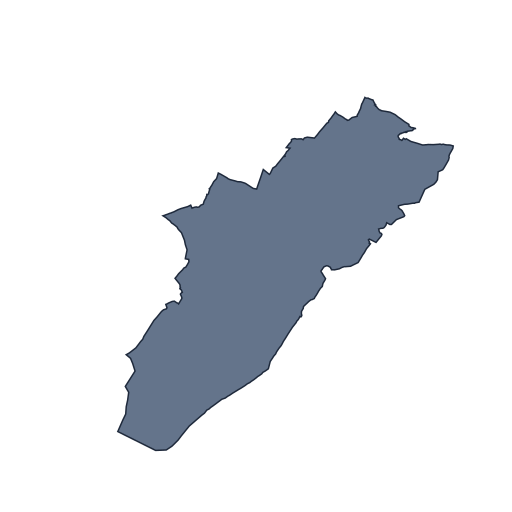 Hægebostad nor, Vest-Agder, Norway, rotated 228°
{"feature_id": "86288312B80239267683726", "entity_name": "Hægebostad nor", "entity_type": "district", "adm_level": 2, "iso_a3": "NOR", "parent_name": "Norway", "parent_adm1": "Vest-Agder", "projection": "mercator", "projection_center": [7.226, 58.477], "detail": "fine", "context": "isolated", "style": "filled", "palette": "slate", "viewbox_px": 512, "rotation_deg": 228, "n_neighbors": 0, "source": "geoboundaries", "source_scale": "gbopen_adm2", "svg_char_len": 6078}
<svg xmlns="http://www.w3.org/2000/svg" viewBox="0 0 512 512"><g transform="rotate(228 256 256)"><path d="M218.0,35.8L178.7,51.3L171.9,59.5L170.9,66.4L171.3,74.8L172.3,79.9L174.3,92.6L174.0,109.0L173.7,112.5L174.4,116.3L173.7,119.0L173.8,120.8L173.4,124.0L172.4,134.8L171.0,138.1L170.7,141.2L170.2,143.2L169.7,146.9L168.4,153.8L167.9,156.1L167.1,160.9L166.8,164.2L166.1,166.6L166.0,168.6L165.6,171.2L165.3,174.9L165.3,176.7L164.9,178.7L164.6,181.5L164.9,182.7L164.9,183.6L164.4,185.6L163.9,189.7L168.1,196.0L168.2,196.4L169.1,200.0L169.7,202.0L170.1,205.2L170.7,206.4L171.0,207.2L171.5,209.1L172.1,211.5L172.5,214.3L173.0,216.0L174.1,218.9L174.7,220.9L174.9,221.9L176.7,228.0L178.7,235.5L179.6,241.0L179.9,241.8L180.1,242.2L180.3,242.7L180.4,244.3L180.7,245.6L181.1,246.7L181.7,248.3L181.2,248.7L180.7,248.7L180.8,249.4L181.0,250.0L181.5,250.6L182.2,250.7L184.2,252.5L184.4,252.9L184.7,253.6L185.4,256.0L186.6,257.4L186.7,258.2L186.8,261.8L186.8,262.7L186.9,264.7L186.7,267.5L186.1,268.4L185.4,270.9L185.9,271.8L186.5,274.3L187.1,276.4L188.1,279.3L188.4,280.6L188.9,282.4L188.9,283.4L189.0,284.9L190.8,287.3L192.0,291.2L192.6,292.5L197.4,293.3L198.5,293.6L200.5,293.8L201.3,294.2L201.5,294.7L201.7,295.8L201.7,296.2L202.0,296.8L202.3,298.6L202.5,299.3L201.5,302.0L200.4,302.8L197.8,303.7L196.8,303.3L195.5,303.1L195.2,302.9L193.1,305.2L190.7,309.4L190.0,312.2L189.0,314.5L188.4,315.1L185.1,319.4L184.4,322.0L182.8,327.5L184.5,333.2L185.4,335.9L185.9,338.3L186.0,338.7L187.5,343.1L188.0,346.6L188.5,349.2L189.9,348.7L190.3,349.7L192.8,350.3L192.8,351.5L185.8,354.3L187.1,362.7L187.9,364.1L189.1,364.2L190.2,363.6L191.8,364.0L194.0,365.2L193.8,365.5L193.1,367.1L191.7,368.9L191.4,370.3L191.9,373.1L193.3,375.4L189.8,376.6L188.8,377.8L189.1,384.7L186.4,391.9L186.3,392.3L186.5,393.5L188.7,394.2L190.9,394.6L191.3,394.8L193.0,394.8L195.0,394.3L196.5,394.2L198.0,395.5L195.1,400.9L193.1,403.4L190.2,408.0L189.3,408.9L189.0,409.3L189.0,409.6L188.9,410.1L186.9,413.2L192.6,426.1L190.3,436.1L190.5,439.1L191.3,441.9L196.7,447.7L195.5,451.4L195.3,452.0L195.2,452.6L195.7,454.7L196.9,458.5L198.5,463.3L199.9,465.4L201.1,466.2L201.9,467.6L202.6,469.4L203.1,471.0L204.2,474.2L205.8,476.2L208.3,474.7L209.1,474.0L210.9,472.1L212.5,470.8L213.8,470.0L214.8,468.3L215.7,467.9L216.0,467.6L216.4,467.2L216.5,466.9L220.1,462.3L223.7,458.5L224.8,456.9L225.4,456.2L226.0,455.3L227.1,454.0L231.3,451.6L237.4,447.8L242.6,446.1L242.8,444.9L244.8,444.4L244.3,442.0L244.3,441.7L245.7,441.3L246.7,440.5L246.9,440.5L247.2,440.8L247.5,441.0L249.4,441.4L249.9,441.7L250.1,441.9L250.4,442.4L250.5,442.7L250.5,443.0L250.2,443.7L250.4,444.3L250.4,444.6L250.5,444.9L250.3,445.5L249.9,445.6L249.9,445.9L250.0,446.1L249.4,447.2L249.1,447.9L248.9,448.8L248.8,449.0L248.5,449.1L248.4,449.2L248.3,449.6L248.3,450.1L247.4,450.1L247.1,451.2L247.6,451.5L247.5,451.8L246.5,453.3L245.7,454.6L244.9,455.6L244.6,456.3L244.5,456.5L244.8,456.9L244.8,457.1L244.8,457.6L244.7,458.5L244.0,459.7L244.2,459.8L246.4,458.4L246.7,458.1L247.2,457.7L248.0,457.1L249.2,457.0L250.4,456.7L251.5,457.7L256.3,456.3L260.9,455.4L264.1,454.6L266.8,454.2L268.2,453.9L271.6,452.5L273.1,451.9L276.5,449.3L280.3,446.2L280.8,446.3L282.2,445.5L284.2,445.3L286.0,445.4L286.6,445.6L287.2,445.1L287.4,445.3L287.4,445.5L287.6,445.5L288.0,445.4L288.3,446.0L288.8,445.6L288.8,445.9L289.3,445.8L289.9,446.4L290.4,446.3L293.8,447.3L294.5,446.7L297.5,445.2L298.3,445.0L299.3,443.8L300.6,443.0L300.9,443.0L298.9,438.3L298.5,437.4L298.2,436.3L297.0,434.4L295.6,432.4L294.2,428.9L294.0,428.7L293.9,428.5L292.9,425.4L292.1,424.6L294.6,420.1L294.9,415.8L295.3,415.2L295.7,414.6L296.5,414.8L297.9,414.1L300.7,413.6L304.2,412.5L305.7,411.7L306.5,411.6L307.4,411.4L310.0,411.4L309.3,408.9L309.0,407.1L308.3,404.1L307.8,400.5L306.8,399.2L307.3,397.4L307.2,397.1L307.1,396.2L306.4,391.6L305.8,386.4L305.1,382.9L304.5,378.3L305.1,377.9L310.0,373.6L311.3,371.0L310.9,368.8L312.2,368.4L312.8,368.0L314.8,365.6L315.5,364.5L316.3,364.1L317.4,363.3L318.6,361.2L318.8,360.2L317.9,359.5L317.6,359.2L317.3,357.7L317.2,355.6L317.0,355.0L316.9,354.3L316.3,351.0L313.4,353.4L312.9,350.2L313.0,348.8L312.9,348.2L312.6,347.6L312.0,345.7L311.8,344.6L310.7,344.5L310.7,343.9L311.6,343.5L311.3,341.5L311.2,341.1L310.5,336.6L310.1,333.8L309.5,330.7L310.1,327.4L307.8,321.8L307.7,320.5L315.4,319.3L311.1,311.7L306.7,303.7L305.3,301.3L306.9,300.1L307.3,299.7L308.2,299.1L316.9,296.8L318.3,296.1L321.3,294.3L323.6,292.0L325.5,290.9L330.2,287.8L331.4,287.3L331.9,287.0L333.3,286.8L340.1,284.6L342.9,283.5L340.4,279.4L340.0,278.6L339.8,277.9L339.7,276.2L339.5,274.2L338.2,270.7L337.4,267.6L337.1,266.9L337.2,266.2L336.4,266.1L335.0,263.7L334.3,262.7L334.0,261.9L334.1,260.9L334.6,260.6L334.0,260.0L333.5,259.3L333.5,258.8L332.8,257.8L332.4,257.2L332.3,256.5L331.4,254.0L329.8,251.5L330.8,248.7L330.5,247.1L330.6,246.4L331.3,245.2L332.5,244.4L332.6,244.1L333.0,243.6L333.6,242.5L333.9,241.6L334.3,241.0L334.4,240.5L337.5,241.5L338.4,238.3L341.4,232.1L342.6,229.0L343.8,224.4L344.6,222.5L344.6,222.2L345.4,220.5L346.4,217.8L346.8,217.0L347.3,215.6L348.1,213.8L344.5,214.8L341.8,215.1L339.8,215.6L339.4,215.5L336.9,215.4L336.1,215.6L334.8,216.0L333.8,216.1L333.1,216.3L330.0,216.7L329.6,216.5L329.0,216.3L327.5,216.1L323.2,216.2L315.6,213.4L311.7,211.1L306.7,208.9L301.6,202.0L301.2,201.6L298.5,203.7L296.6,202.3L295.5,199.2L294.7,196.4L295.3,194.5L295.1,193.1L294.9,192.5L294.6,186.6L294.0,183.8L293.6,180.9L286.7,180.5L285.7,180.3L284.6,179.7L284.5,179.4L284.4,179.3L283.0,178.7L282.8,178.4L283.1,178.2L283.0,177.9L282.6,177.5L280.7,177.8L278.3,176.9L278.5,176.0L278.3,174.4L277.9,174.1L276.6,173.8L274.8,173.1L274.0,172.4L272.2,166.4L273.4,166.3L274.2,165.8L277.1,165.1L278.3,163.3L279.7,159.2L279.8,158.2L280.4,156.6L277.1,155.2L276.7,154.0L277.9,151.3L278.0,149.4L277.9,147.9L276.9,141.7L276.4,137.0L273.1,125.5L271.3,118.9L270.2,116.7L269.9,116.0L269.6,113.0L268.1,105.3L268.7,97.1L269.5,93.5L263.9,94.3L258.6,92.4L251.4,89.1L247.0,73.3L246.5,71.6L239.9,70.2L234.8,64.2L230.9,58.8L225.7,53.4L225.3,52.4L223.3,47.5L218.0,35.8Z" fill="#64748b" stroke="#1e293b" stroke-width="1.5"/></g></svg>